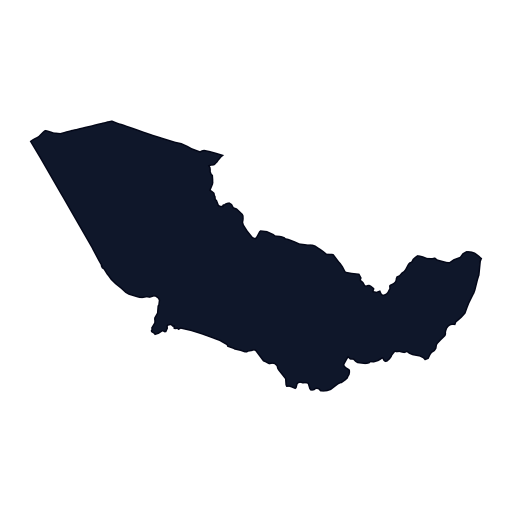 outline of Hulu Sungai Selatan, Kalimantan Selatan, Indonesia
{"feature_id": "22746128B37889128386884", "entity_name": "Hulu Sungai Selatan", "entity_type": "district", "adm_level": 2, "iso_a3": "IDN", "parent_name": "Indonesia", "parent_adm1": "Kalimantan Selatan", "projection": "albers", "projection_center": [115.26, -2.718], "detail": "fine", "context": "isolated", "style": "filled", "palette": "ink", "viewbox_px": 512, "rotation_deg": 0, "n_neighbors": 0, "source": "geoboundaries", "source_scale": "gbopen_adm2", "svg_char_len": 5923}
<svg xmlns="http://www.w3.org/2000/svg" viewBox="0 0 512 512"><path d="M454.8,324.4L455.7,321.9L457.9,320.1L461.2,317.2L464.9,313.1L467.0,307.3L468.7,303.0L471.9,296.5L473.2,293.9L473.7,293.1L474.8,290.0L475.6,286.8L477.4,279.6L478.8,275.0L478.8,275.5L479.7,266.4L480.2,261.3L481.3,258.5L480.5,258.0L478.9,256.4L476.7,254.7L474.6,253.2L471.6,252.2L468.3,251.8L466.5,251.8L463.0,253.8L460.4,257.4L453.9,259.8L449.6,262.8L446.6,262.6L437.2,260.1L434.8,258.2L432.9,258.6L432.3,258.8L429.6,258.7L426.9,258.6L422.9,257.0L420.6,256.4L419.2,256.1L417.5,255.9L415.3,257.5L413.2,259.4L412.0,261.8L411.1,262.5L409.9,262.9L408.9,263.9L408.3,264.8L405.7,269.7L404.1,271.7L402.1,273.0L399.8,275.7L398.4,276.4L397.1,276.9L396.4,278.7L396.4,278.8L396.3,279.8L395.9,281.2L395.3,282.2L394.3,283.2L393.2,283.9L392.3,284.4L390.9,285.0L390.0,285.6L389.9,285.8L389.8,286.2L389.9,286.9L390.0,288.7L389.1,290.3L388.0,292.5L386.5,294.1L383.9,295.3L382.4,295.3L380.9,293.8L379.8,291.2L376.4,292.5L375.0,292.1L373.4,291.8L372.9,291.7L372.7,291.1L373.0,290.7L373.6,289.2L373.6,288.6L370.6,286.2L369.1,285.5L367.8,285.6L367.3,285.8L367.1,285.9L366.1,286.2L364.9,285.9L364.5,285.6L363.0,282.8L361.8,281.6L360.5,280.6L360.3,279.8L360.5,279.0L360.6,278.6L360.9,278.0L358.9,274.3L351.6,273.5L346.1,272.5L345.0,271.9L342.4,266.9L340.1,263.6L338.6,262.0L333.2,254.8L332.0,254.5L326.5,254.4L323.1,251.6L320.2,249.5L318.4,248.4L315.0,246.1L312.6,245.3L312.4,245.3L310.3,245.1L307.8,245.2L304.4,244.7L299.4,244.1L294.7,242.0L291.9,240.9L290.1,240.2L287.9,239.4L286.3,239.1L285.3,238.9L284.2,237.8L283.9,237.7L281.7,236.9L279.7,236.5L275.0,236.1L273.2,234.6L266.8,231.7L260.6,231.0L259.7,231.8L257.1,236.7L255.6,238.6L254.3,238.5L252.3,237.6L247.0,231.0L243.2,225.0L243.0,224.2L242.5,222.4L242.5,222.0L242.8,220.6L243.0,218.9L242.9,215.9L242.2,214.4L241.0,213.3L236.5,209.0L235.9,208.8L233.2,207.8L231.5,204.6L229.2,203.1L227.4,203.4L225.5,204.1L224.4,205.1L223.4,205.0L223.0,205.4L223.0,206.4L222.6,206.4L222.6,206.5L222.1,206.4L221.4,206.6L220.5,206.5L219.7,206.2L219.0,205.9L218.8,205.7L218.2,205.2L216.4,200.5L215.2,199.6L214.9,196.5L214.3,195.6L213.9,193.3L212.3,191.9L210.1,190.3L209.9,190.2L211.5,186.3L212.4,184.1L212.7,182.4L212.6,181.3L212.6,179.6L212.3,175.4L211.2,174.5L210.8,173.5L210.1,171.8L210.1,169.5L209.9,167.7L209.1,166.3L208.8,165.8L209.8,165.4L211.1,165.0L212.1,165.0L213.9,164.7L214.8,164.0L216.0,162.7L217.0,161.8L217.5,161.0L218.4,159.7L219.4,158.7L220.5,157.2L221.3,156.5L222.6,155.4L216.0,153.4L209.5,151.6L204.1,150.5L202.2,150.9L201.2,151.3L200.2,152.0L199.9,151.9L195.8,150.4L191.3,148.7L187.4,146.5L181.2,143.7L175.1,142.4L160.9,138.0L160.7,137.9L152.2,135.3L151.2,134.9L147.9,133.8L145.9,133.1L143.7,132.4L140.7,131.3L137.7,130.2L132.6,128.4L128.7,127.1L126.5,126.4L123.7,125.3L120.9,124.4L119.4,124.1L116.9,123.2L114.4,122.2L112.0,121.2L111.6,121.2L110.5,121.5L110.4,121.5L109.5,121.7L109.2,121.8L107.6,122.0L105.8,122.6L104.2,123.0L102.9,123.2L102.0,123.5L100.6,123.8L98.7,124.2L96.7,124.7L94.3,125.3L93.1,125.7L91.1,126.2L88.3,126.8L85.1,127.5L82.5,128.2L79.7,128.8L76.5,129.7L74.5,130.0L73.1,130.4L71.7,130.6L70.6,131.0L69.0,131.4L67.8,131.7L66.8,131.9L65.5,132.3L64.3,132.7L63.1,133.0L61.6,133.4L60.8,133.7L60.0,133.7L58.9,133.6L56.2,133.3L54.1,133.2L53.1,133.0L51.3,132.3L47.7,131.2L45.6,130.7L44.7,131.0L44.1,131.5L43.8,131.8L43.4,132.1L42.4,133.1L41.5,134.0L39.8,135.7L39.3,136.3L37.8,137.3L37.2,137.6L37.3,137.6L34.8,138.8L33.6,139.5L33.2,139.7L30.7,141.4L40.6,158.0L48.9,172.4L61.3,193.9L63.5,197.6L73.0,214.2L92.4,247.9L92.9,249.0L98.9,260.3L101.7,265.2L102.0,265.6L101.5,265.9L102.4,267.8L104.1,268.9L107.4,274.2L108.6,275.6L111.3,279.4L115.6,283.6L121.0,287.9L121.6,288.4L125.8,292.3L128.9,294.1L137.4,296.7L139.7,297.3L142.5,297.4L146.7,296.6L149.7,297.1L153.8,295.8L155.9,296.1L157.5,297.4L158.5,298.1L159.5,300.2L158.9,305.1L158.2,306.0L157.7,312.3L157.7,312.7L157.7,313.0L154.9,317.9L154.8,319.2L154.9,320.2L155.0,320.5L154.9,322.9L151.9,327.9L152.0,328.4L152.2,329.2L151.9,330.0L151.5,330.6L151.5,330.8L151.7,331.5L152.1,331.9L153.8,332.8L155.1,334.3L158.5,333.2L161.5,331.2L162.4,330.7L163.3,330.9L164.8,331.7L165.8,331.5L166.5,329.9L166.8,329.2L167.2,328.5L167.2,327.5L167.0,326.1L168.1,324.9L169.4,324.7L171.1,324.4L172.9,326.1L174.3,326.1L174.1,327.4L174.3,328.3L175.8,328.5L177.2,328.1L178.6,329.2L180.6,328.0L191.2,330.4L199.2,332.9L202.6,334.0L219.7,340.3L227.2,344.6L227.8,346.2L234.0,348.4L234.6,348.9L240.7,350.3L244.7,351.7L246.7,351.8L248.0,351.0L252.0,350.4L252.8,349.9L253.7,349.9L254.7,349.9L255.9,350.6L263.5,360.8L265.7,361.7L268.2,363.1L269.3,363.6L272.1,363.1L274.6,363.4L277.1,365.6L277.9,368.5L278.9,370.1L285.7,378.7L286.1,384.7L286.7,386.2L289.4,386.1L291.6,386.8L295.2,388.3L296.0,387.6L297.0,383.8L298.2,382.6L299.6,382.2L301.0,382.2L302.8,382.8L304.9,382.6L306.6,382.7L308.3,383.3L309.9,388.6L310.9,389.9L312.7,389.9L314.2,389.5L315.2,388.6L316.7,388.2L318.8,388.7L320.6,390.7L323.2,390.9L326.9,390.6L330.6,389.4L337.9,383.8L340.1,382.7L341.4,382.5L345.6,379.5L346.6,378.4L347.2,378.0L347.7,376.6L349.0,374.3L349.4,372.0L349.3,370.7L349.3,370.4L348.9,369.7L345.9,367.9L344.2,366.3L343.9,365.5L343.7,364.3L346.8,358.7L348.1,356.7L350.3,358.9L352.2,359.0L353.6,359.1L355.6,361.2L357.6,362.5L360.7,362.9L365.2,363.4L367.1,363.2L368.8,362.8L369.2,362.6L369.4,362.1L369.5,362.0L370.7,361.6L373.7,361.8L378.0,360.5L380.1,359.3L382.0,358.0L382.2,357.9L383.0,358.3L383.1,358.5L384.0,360.3L385.3,361.3L386.9,361.0L389.4,358.8L391.1,356.5L391.4,355.5L392.3,354.2L394.4,351.6L395.9,351.2L396.6,351.6L399.5,351.3L402.1,352.0L404.5,352.4L404.4,352.4L407.0,351.3L409.4,353.2L412.8,354.6L419.9,355.9L423.5,357.7L425.1,359.5L428.1,358.3L429.9,354.5L431.4,352.4L434.3,350.5L435.8,348.2L436.3,344.9L437.1,343.4L440.4,339.9L444.9,335.5L445.4,333.9L445.3,332.2L445.7,330.5L446.5,328.2L447.9,326.3L449.5,325.0L451.1,324.4L452.9,324.2L454.8,324.4Z" fill="#0f172a" stroke="#020617" stroke-width="1.5"/></svg>